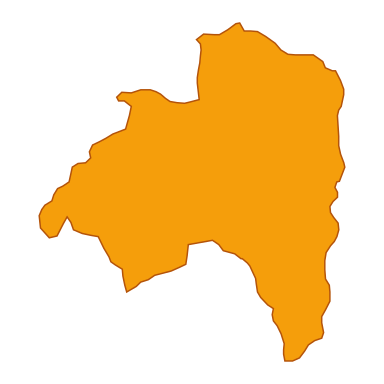 Andong-si, North Gyeongsang, South Korea (Robinson projection)
{"feature_id": "91817680B16014600177045", "entity_name": "Andong-si", "entity_type": "district", "adm_level": 2, "iso_a3": "KOR", "parent_name": "South Korea", "parent_adm1": "North Gyeongsang", "projection": "robinson", "projection_center": [128.764, 36.55], "detail": "fine", "context": "isolated", "style": "filled", "palette": "amber", "viewbox_px": 384, "rotation_deg": 0, "n_neighbors": 0, "source": "geoboundaries", "source_scale": "gbopen_adm2", "svg_char_len": 1961}
<svg xmlns="http://www.w3.org/2000/svg" viewBox="0 0 384 384"><path d="M121.8,92.3L116.7,97.2L118.6,100.9L121.8,100.9L124.3,100.9L131.3,106.4L129.4,115.6L127.5,122.3L125.6,129.1L112.9,134.0L105.9,138.3L98.9,142.0L92.6,145.0L89.4,151.8L90.7,157.9L85.6,162.8L78.0,163.5L72.3,167.1L70.3,176.4L69.1,181.9L62.7,186.2L57.6,188.6L53.8,194.8L51.9,200.9L44.9,205.2L41.8,209.5L39.2,215.7L40.5,228.0L49.3,237.8L57.0,236.0L63.3,223.7L67.1,216.9L70.9,222.4L73.5,229.8L82.3,233.5L91.2,235.4L98.2,236.6L103.9,248.3L109.0,256.9L110.9,261.8L115.3,264.9L122.3,269.2L122.9,276.0L124.8,285.2L126.7,292.0L136.3,286.4L140.7,282.1L148.3,279.7L154.7,275.3L171.2,271.0L179.5,267.3L185.8,264.3L187.1,255.7L188.3,244.6L212.5,240.3L218.8,244.6L223.3,250.7L234.7,253.8L241.0,258.7L242.3,258.7L247.4,263.0L249.9,266.1L255.6,278.4L256.3,284.0L257.5,292.0L260.7,297.5L267.7,304.9L273.4,308.6L272.2,314.7L273.4,320.9L277.2,325.8L281.1,333.8L284.2,343.7L283.6,349.9L283.6,354.2L284.9,361.0L292.5,361.0L299.5,357.9L304.6,351.1L308.4,344.9L314.7,340.6L321.7,338.2L323.6,332.6L321.7,322.8L321.7,316.6L325.5,309.8L329.9,301.2L329.9,292.0L329.3,285.2L325.5,279.0L324.8,269.8L324.8,260.6L326.1,252.6L330.5,245.8L334.3,241.5L336.9,236.6L338.8,229.8L338.1,223.1L333.7,217.5L330.5,212.6L329.9,206.5L333.0,201.5L337.5,197.2L337.5,192.3L334.9,187.4L336.8,181.9L339.4,181.3L344.8,167.2L343.8,162.8L340.6,154.3L338.7,145.7L338.7,136.4L337.4,115.6L338.7,110.1L341.2,106.4L343.7,94.7L343.7,89.2L340.5,80.6L335.5,70.8L332.3,70.8L325.3,67.8L322.8,61.6L313.3,54.9L305.0,54.9L295.5,54.9L287.9,54.3L280.9,50.0L275.2,43.3L265.7,36.5L257.5,31.6L250.5,31.0L244.2,31.0L239.7,23.0L235.9,23.7L227.7,29.8L219.4,34.7L214.4,34.7L203.6,34.1L196.5,39.6L200.4,43.9L201.1,50.0L200.4,56.1L199.8,62.9L198.5,69.6L197.3,77.6L197.3,83.1L199.2,99.6L189.6,102.1L184.6,103.3L177.0,102.7L170.0,101.5L165.5,98.4L160.5,94.1L156.0,91.7L150.3,89.8L140.8,89.8L131.3,92.9L121.8,92.3Z" fill="#f59e0b" stroke="#b45309" stroke-width="1.5"/></svg>